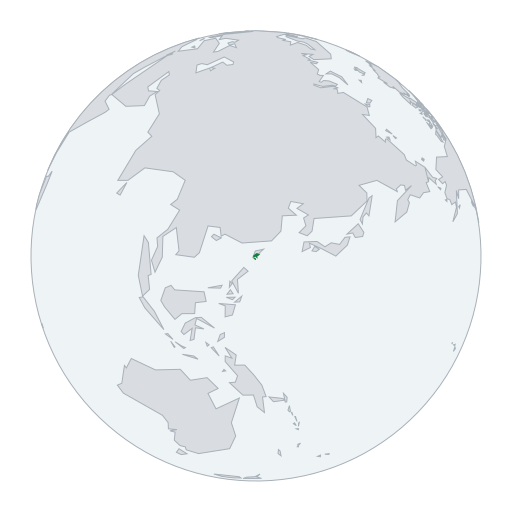 the Earth from above Taitung, rotated 41°
{"feature_id": "TWN-1177", "entity_name": "Taitung", "entity_type": "County", "adm_level": 1, "iso_a3": "TWN", "parent_name": "Taiwan", "parent_adm1": "", "projection": "orthographic", "projection_center": [121.163, 22.723], "detail": "fine", "context": "on_globe", "style": "filled", "palette": "green", "viewbox_px": 512, "rotation_deg": 41, "n_neighbors": 0, "source": "natural_earth", "source_scale": "10m", "svg_char_len": 11516}
<svg xmlns="http://www.w3.org/2000/svg" viewBox="0 0 512 512"><g transform="rotate(41 256 256)"><circle cx="256" cy="256" r="225" fill="#eef3f6" stroke="#a8b0b8"/><path d="M441.2,356.8L441.0,358.1L440.8,358.4L441.2,356.8ZM402.5,84.8L393.1,77.4L393.5,77.6L388.8,74.2L387.9,74.0L388.5,74.8L371.0,67.8L365.6,73.2L371.4,79.8L364.2,75.1L380.2,91.9L382.1,101.0L375.4,87.8L371.1,84.4L370.1,88.8L365.5,86.4L362.3,87.3L356.9,84.2L353.4,77.6L349.9,75.7L349.4,79.0L343.6,78.5L344.9,73.8L335.0,72.7L327.4,62.9L335.2,55.4L326.4,49.9L322.4,42.7L318.2,41.8L314.0,39.5L307.6,37.8L308.7,37.6L302.6,36.6L302.8,37.2L300.3,37.1L296.5,36.3L297.2,35.7L299.2,36.0L297.5,35.4L299.5,35.5L296.3,35.1L297.7,34.8L290.8,34.1L287.2,33.2L289.6,33.3L296.6,34.5L307.9,36.8L325.1,41.6L341.9,47.7L358.1,55.2L373.6,63.9L388.5,73.8L402.5,84.8ZM467.6,198.5L465.7,194.0L467.2,195.1L467.6,198.5ZM464.4,192.5L465.1,193.7L464.4,192.9L464.4,192.5ZM463.7,192.7L464.2,192.5L463.9,193.2L463.7,192.7ZM463.1,193.6L463.4,192.9L463.4,193.1L463.1,193.6ZM461.5,193.4L461.0,193.3L461.0,192.2L461.5,193.4ZM389.5,75.8L388.4,74.3L390.9,75.7L392.3,77.0L389.5,75.8ZM384.0,74.4L382.2,72.6L387.6,75.7L387.0,75.7L384.0,74.4ZM376.5,85.6L376.5,83.3L378.1,86.4L376.5,85.6ZM362.9,88.0L364.3,89.6L362.1,89.5L362.9,88.0ZM351.8,84.9L347.7,84.5L351.2,83.6L351.8,84.9ZM300.8,35.2L298.1,34.7L296.3,34.4L300.8,35.2ZM344.9,83.6L335.1,83.5L337.5,86.8L325.2,78.2L337.6,80.7L341.6,78.9L341.8,81.5L344.9,83.6ZM304.5,37.7L304.1,37.0L308.0,38.4L304.5,37.7ZM307.6,38.7L323.1,44.1L321.8,45.2L316.9,42.9L318.1,45.3L309.8,43.1L307.4,41.3L309.8,40.9L304.8,40.5L307.6,38.7ZM320.0,73.8L317.1,73.1L319.4,72.6L320.0,73.8ZM299.5,37.1L302.8,38.0L301.9,38.9L295.3,37.5L297.7,37.6L299.5,37.1ZM322.4,47.3L320.6,48.0L313.4,46.3L311.8,46.4L309.5,43.2L322.4,47.3ZM296.0,37.0L291.9,36.8L288.9,35.8L296.3,36.5L296.0,37.0ZM304.5,39.8L303.7,40.3L302.0,39.5L304.5,39.8ZM275.9,33.0L279.8,33.5L279.7,33.9L275.9,33.0ZM290.6,36.8L291.7,37.2L292.1,37.5L288.8,37.2L290.6,36.8ZM304.7,42.4L302.0,41.7L305.2,43.6L300.0,42.8L299.4,40.9L297.5,41.3L295.9,41.1L297.2,39.9L304.7,42.4ZM286.8,38.1L284.3,36.1L277.1,34.8L277.0,34.2L288.6,36.5L286.8,38.1ZM292.8,39.2L289.0,38.4L290.8,37.9L294.5,38.3L292.8,39.2ZM296.6,43.0L304.8,44.7L304.6,45.1L296.6,43.0ZM284.3,37.8L285.0,38.3L283.6,37.7L284.3,37.8ZM292.4,41.4L295.3,41.8L295.1,42.3L292.4,41.4ZM283.8,39.2L283.0,38.4L285.5,38.5L283.8,39.2ZM287.5,40.2L286.4,40.7L286.9,39.0L288.8,40.4L287.5,40.2ZM291.7,41.7L292.5,42.1L290.5,41.4L291.7,41.7ZM274.9,39.6L274.9,37.4L280.4,37.5L279.6,39.5L274.9,39.6ZM70.3,128.5L65.7,135.5L69.4,131.1L62.8,146.5L63.0,152.5L75.9,138.0L75.6,127.6L82.7,118.1L88.8,119.6L90.1,130.0L93.0,126.7L98.1,114.3L104.6,111.6L100.6,109.8L97.7,114.3L95.1,113.7L97.7,109.6L99.8,108.6L101.2,104.6L90.4,111.5L86.3,116.8L86.0,111.9L79.0,120.5L76.8,122.1L87.7,108.2L91.3,104.6L106.5,88.4L102.6,91.5L88.1,107.4L89.9,104.9L84.5,110.3L90.0,104.2L107.0,87.1L107.9,86.2L130.9,68.6L130.7,68.8L134.9,66.6L132.8,68.7L143.1,63.3L143.4,64.0L137.2,66.7L131.8,70.2L127.6,76.9L129.3,76.9L136.4,73.1L134.3,75.9L141.7,71.5L143.5,74.4L147.4,67.5L155.8,64.0L161.7,63.8L165.1,61.7L155.6,62.1L151.2,63.5L146.2,66.6L134.8,70.7L134.4,69.6L149.0,61.3L150.0,59.1L161.0,54.5L180.0,54.7L183.4,57.8L170.9,69.8L165.1,70.6L166.7,66.5L157.2,73.4L161.8,71.3L160.1,73.9L167.7,72.1L166.9,73.9L175.6,69.3L175.4,71.4L169.9,74.2L181.0,74.2L182.9,78.5L185.8,77.7L188.4,75.6L189.2,82.9L191.3,82.1L191.8,79.3L196.4,75.9L204.8,73.1L204.6,75.8L201.5,77.1L194.9,84.4L186.8,88.2L187.6,89.1L194.6,86.5L202.7,77.5L207.8,75.1L204.7,79.3L206.2,77.6L208.7,77.3L211.0,79.6L214.7,75.2L242.1,70.7L249.3,75.6L243.5,79.3L262.5,81.2L269.0,88.0L269.5,85.2L278.9,85.1L277.0,82.9L278.0,81.7L301.3,82.2L306.6,84.9L317.2,83.4L317.5,82.2L314.1,79.9L325.2,78.2L337.5,86.8L336.3,89.0L344.9,93.4L340.9,98.3L341.5,104.8L332.2,108.6L333.6,114.0L336.8,115.1L341.0,123.9L338.6,139.0L326.4,121.4L327.2,100.8L325.7,108.3L321.8,105.3L318.6,107.4L317.9,113.2L320.4,114.7L297.6,119.6L287.4,135.1L298.3,135.7L303.7,141.7L301.6,163.2L275.2,189.6L282.0,200.5L281.4,207.1L273.2,210.1L273.9,200.5L267.0,196.1L268.6,190.6L255.7,193.2L257.4,185.5L246.5,192.0L249.0,198.7L259.7,198.7L249.5,208.4L258.5,220.9L257.8,234.4L236.9,255.4L218.2,259.9L216.7,263.9L210.2,258.0L200.1,264.8L211.1,290.6L210.3,297.4L194.6,307.6L194.5,302.6L177.2,286.8L172.9,302.3L186.0,318.3L190.4,334.5L179.9,327.8L175.5,313.3L169.4,307.3L171.9,293.6L168.3,271.5L157.8,273.1L159.4,264.8L152.9,245.3L138.2,246.8L114.3,262.4L109.7,282.9L102.1,289.6L96.0,255.1L98.8,234.0L93.1,233.5L89.8,212.1L74.0,200.4L74.8,194.3L71.2,194.5L69.3,185.6L71.8,176.1L69.2,174.0L63.4,199.4L66.5,201.9L73.4,196.8L70.9,205.1L73.1,215.7L59.6,228.4L41.2,228.7L44.6,212.6L57.6,162.9L60.1,159.1L60.4,158.6L60.8,157.7L56.7,163.3L60.7,154.2L48.2,186.2L43.8,198.8L40.9,229.3L39.9,230.8L40.5,238.2L48.9,241.7L47.8,246.7L40.7,265.5L33.7,285.1L37.6,308.7L42.2,326.6L42.6,328.1L38.0,312.7L34.5,297.0L32.1,281.1L30.9,265.1L30.8,249.0L31.9,233.0L34.1,217.1L37.5,201.3L41.9,185.9L47.4,170.8L54.1,156.2L61.7,142.0L70.3,128.5ZM86.2,150.6L90.5,157.2L97.8,144.4L100.1,146.1L101.7,141.4L98.3,143.5L103.7,131.4L108.8,131.2L113.0,126.6L111.8,124.2L101.5,126.6L93.7,143.6L88.8,146.4L86.2,150.6ZM145.9,59.4L146.3,59.2L160.1,52.3L159.0,53.1L157.3,53.7L155.1,55.0L151.8,56.4L137.3,64.7L133.6,66.9L135.0,66.0L145.9,59.4ZM197.3,38.6L203.3,37.1L193.1,40.6L188.7,41.7L191.1,40.4L197.8,38.4L197.3,38.6ZM280.4,32.1L283.3,32.4L283.1,32.4L280.4,32.2L280.4,32.1ZM278.1,31.8L276.8,31.7L277.0,31.8L282.3,32.8L293.6,34.9L291.8,35.4L287.5,35.3L284.5,34.8L286.6,34.5L281.1,34.2L281.9,33.4L277.7,33.2L267.3,31.2L270.2,31.3L262.4,30.8L278.1,31.8ZM248.6,30.8L245.3,31.2L250.3,31.0L250.2,31.2L246.3,31.3L252.3,31.4L251.2,31.8L255.8,33.0L265.1,33.7L267.0,34.4L262.8,34.4L267.7,35.3L261.0,35.9L262.2,36.5L256.8,38.2L247.9,38.2L250.0,39.0L246.0,40.7L238.4,41.2L242.1,39.6L231.2,41.6L231.9,39.7L230.6,40.0L228.3,39.0L223.1,38.6L224.5,37.8L221.9,38.0L220.3,37.6L217.2,37.8L218.6,36.6L215.0,36.8L217.7,36.1L211.0,36.9L216.6,35.9L215.1,35.6L210.5,36.8L224.1,33.0L248.6,30.8ZM273.2,40.0L262.4,39.7L257.5,38.8L268.9,36.5L268.8,35.8L275.9,34.9L282.9,36.5L280.2,36.5L279.2,36.9L277.4,36.2L278.1,37.1L274.4,37.4L274.0,38.2L270.6,37.8L273.2,40.0ZM88.0,105.9L86.7,107.4L85.6,109.0L82.2,112.7L88.0,105.9ZM102.2,91.3L103.0,90.7L99.9,93.5L102.2,91.3ZM137.1,67.2L137.1,67.9L135.3,69.0L133.3,69.8L137.1,67.2ZM206.1,48.9L209.0,47.5L210.1,47.7L218.2,46.1L218.3,47.6L213.5,49.3L206.1,48.9ZM73.3,139.0L70.6,140.4L71.7,137.9L72.4,137.9L73.3,139.0ZM74.6,125.6L72.2,130.6L73.7,126.5L74.6,125.6ZM207.6,50.3L210.9,49.4L208.9,50.8L207.6,50.3ZM218.8,48.8L217.2,50.3L219.2,47.7L218.8,48.8ZM138.3,447.2L143.0,450.0L140.7,448.9L138.3,447.2ZM50.9,338.3L59.6,365.3L56.9,361.4L51.8,350.9L45.5,333.2L47.0,332.3L46.5,325.7L50.9,338.3ZM247.5,376.3L254.5,377.7L254.3,378.6L247.5,376.3ZM240.2,372.4L248.1,373.4L238.8,374.3L240.2,372.4ZM251.2,373.8L259.3,372.6L262.8,371.4L262.2,373.2L251.2,373.8ZM234.8,372.0L206.2,368.1L195.1,363.9L197.6,360.9L215.6,364.4L234.8,372.0ZM196.7,360.7L179.9,347.9L158.2,314.1L165.9,316.4L188.9,338.7L187.4,341.5L197.6,351.0L196.7,360.7ZM237.9,348.1L236.4,357.0L220.5,354.4L213.3,352.0L208.4,339.5L211.1,333.9L216.9,334.9L240.3,317.1L248.2,323.0L240.9,331.0L247.5,339.7L237.9,348.1ZM110.3,285.2L113.5,299.2L109.6,299.9L110.3,285.2ZM250.3,303.5L240.5,311.6L249.6,300.3L250.3,303.5ZM256.1,292.4L256.4,297.1L252.8,292.2L256.1,292.4ZM215.9,270.4L209.7,270.6L209.9,267.2L217.9,265.1L215.9,270.4ZM257.2,245.9L256.0,255.7L254.5,259.0L252.2,252.7L257.2,245.9ZM213.2,66.6L201.9,66.7L193.8,68.8L189.4,72.6L190.8,67.7L203.2,64.5L213.2,66.6ZM238.6,69.7L242.4,67.0L244.0,68.6L243.3,69.5L238.6,69.7ZM238.6,67.8L237.1,63.8L241.4,62.6L241.7,65.9L238.6,67.8ZM221.9,55.8L218.5,55.6L220.2,54.4L221.9,55.8ZM388.1,433.6L390.3,433.4L383.9,438.7L375.1,444.6L367.2,448.2L388.1,433.6ZM324.7,456.4L324.3,452.0L333.7,450.5L329.9,454.9L324.7,456.4ZM394.2,428.9L400.0,423.3L402.1,417.9L401.5,422.2L406.1,420.2L392.2,432.3L394.2,428.9ZM289.9,437.6L245.9,446.5L236.1,444.4L238.2,440.1L228.5,424.9L231.6,425.5L229.1,415.2L254.9,407.9L273.2,391.2L288.0,392.8L298.9,379.9L314.3,380.8L309.9,391.2L326.1,397.6L336.6,374.1L346.8,398.0L358.8,405.2L362.5,418.7L342.3,442.8L330.4,448.1L327.9,446.4L323.0,448.9L315.2,448.6L310.5,442.0L305.7,444.4L310.2,438.9L303.3,443.9L299.0,439.4L289.9,437.6ZM399.9,387.3L402.2,387.4L406.0,390.4L402.2,390.6L399.9,387.3ZM435.3,363.9L436.3,365.3L433.9,366.8L435.3,363.9ZM440.8,358.4L437.9,360.4L441.2,356.8L440.8,358.4ZM412.0,371.0L413.2,372.2L412.2,372.9L412.0,371.0ZM411.1,370.7L412.4,368.0L412.3,370.4L411.1,370.7ZM399.8,360.0L401.2,358.4L401.9,359.3L399.8,360.0ZM264.9,378.5L274.6,372.3L280.0,371.9L264.9,378.5ZM397.7,357.6L394.2,358.0L394.5,356.6L397.7,357.6ZM397.9,354.4L397.5,352.6L399.8,356.7L397.9,354.4ZM391.1,351.2L395.5,354.0L390.6,351.7L391.1,351.2ZM388.5,352.1L385.4,351.0L385.6,350.4L388.5,352.1ZM353.4,358.1L365.1,368.6L355.8,369.0L345.3,362.6L337.4,369.6L319.1,369.0L323.2,364.8L320.7,358.5L302.0,355.9L298.3,351.6L304.9,348.9L292.6,345.3L306.0,343.7L311.5,352.4L319.1,345.7L332.4,347.2L345.3,349.7L355.9,355.5L353.4,358.1ZM306.2,362.6L308.5,362.6L306.5,365.1L306.2,362.6ZM379.4,347.0L383.9,350.6L383.4,351.7L381.2,351.3L379.4,347.0ZM358.3,353.8L369.6,346.0L372.3,345.9L364.8,354.5L358.3,353.8ZM366.8,341.6L372.1,342.2L374.9,345.9L373.9,347.1L366.8,341.6ZM278.9,353.8L278.4,356.1L274.9,354.1L278.9,353.8ZM283.3,352.6L293.8,355.6L282.4,354.6L283.3,352.6ZM252.1,342.1L255.1,348.1L264.6,345.2L257.4,349.9L263.9,359.6L261.7,363.0L255.3,352.5L253.1,362.6L249.0,362.1L246.6,353.0L250.7,342.4L254.9,338.2L272.0,337.6L252.1,342.1ZM283.2,345.6L280.5,338.8L282.5,334.5L285.5,338.1L283.2,345.6ZM272.6,322.2L265.5,313.8L259.0,316.3L272.5,306.3L276.9,316.0L272.6,322.2ZM266.9,304.4L260.7,306.7L267.2,300.8L266.9,304.4ZM259.2,303.9L258.8,298.3L263.5,299.5L259.2,303.9ZM270.1,304.9L271.6,295.6L273.8,301.3L270.1,304.9ZM257.3,285.8L267.2,295.7L254.0,290.7L254.3,272.6L260.0,272.7L257.3,285.8ZM294.9,215.4L294.0,210.2L299.4,209.4L298.5,213.2L294.9,215.4ZM316.3,203.7L300.6,207.5L287.9,211.3L291.5,213.9L287.9,222.4L283.0,213.9L292.5,205.0L302.0,203.8L304.1,196.7L311.5,192.4L310.9,183.5L314.4,179.9L317.8,187.8L316.3,203.7ZM310.3,179.8L312.0,164.6L321.9,167.4L323.7,171.3L318.8,176.9L313.9,175.1L310.3,179.8ZM315.3,162.0L310.6,160.2L303.2,138.1L304.1,134.3L314.9,151.6L311.1,151.1L311.1,156.3L315.3,162.0ZM317.6,74.5L317.1,73.2L319.3,74.5L317.6,74.5ZM276.7,80.5L278.3,79.0L280.8,80.3L276.7,80.5ZM284.3,75.8L280.3,75.3L284.6,74.7L284.3,75.8ZM271.4,74.7L278.8,74.6L271.6,76.3L271.4,74.7Z" fill="#d9dde1" stroke="#a8b0b8" stroke-width="1"/><path d="M257.1,253.2L257.1,253.6L257.0,253.8L256.9,253.8L256.9,254.1L256.9,254.3L256.8,254.5L256.7,254.6L256.6,254.8L256.5,255.0L256.4,255.3L256.1,255.5L256.1,255.8L255.9,255.9L255.7,256.1L255.5,256.3L255.4,256.5L255.2,256.8L255.1,257.2L255.0,257.4L255.0,257.5L255.0,257.9L254.9,257.9L254.7,257.8L254.6,257.7L254.5,257.4L254.6,257.2L254.5,256.9L254.5,256.7L254.6,256.4L254.6,256.2L254.8,256.1L255.0,256.0L255.0,255.9L255.1,255.7L254.9,255.6L254.9,255.4L254.8,255.2L254.9,254.9L255.0,254.8L255.0,254.7L255.0,254.3L255.0,254.2L255.2,253.9L255.3,253.8L255.6,253.7L255.6,253.8L255.8,254.0L256.0,254.1L256.2,254.3L256.4,254.5L256.5,254.5L256.6,254.4L256.6,254.2L256.8,253.9L256.8,253.7L256.9,253.4L257.1,253.2L257.1,253.2ZM257.5,258.7L257.5,258.8L257.4,258.8L257.3,258.7L257.2,258.7L257.5,258.5L257.4,258.6L257.5,258.7ZM257.1,256.3L257.1,256.2L257.2,256.3L257.1,256.3Z" fill="#22c55e" stroke="#15803d" stroke-width="1.5"/></g></svg>